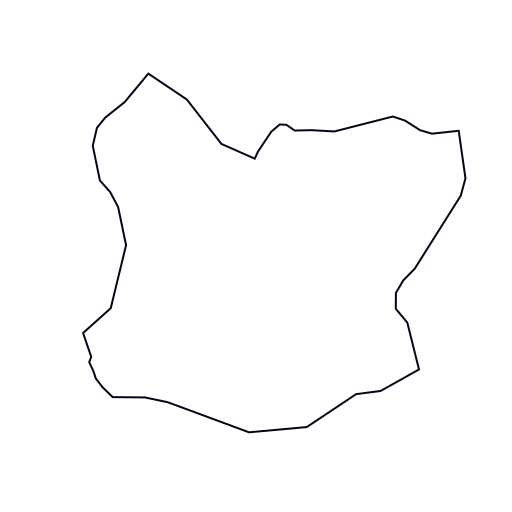 the Municipality of Grosuplje, rotated 285°
{"feature_id": "SVN-950", "entity_name": "Grosuplje", "entity_type": "Municipality", "adm_level": 1, "iso_a3": "SVN", "parent_name": "Slovenia", "parent_adm1": "", "projection": "natural_earth1", "projection_center": [14.681, 45.943], "detail": "fine", "context": "isolated", "style": "outline", "palette": "ink", "viewbox_px": 512, "rotation_deg": 285, "n_neighbors": 0, "source": "natural_earth", "source_scale": "10m", "svg_char_len": 718}
<svg xmlns="http://www.w3.org/2000/svg" viewBox="0 0 512 512"><g transform="rotate(285 256 256)"><path d="M404.3,104.8L389.2,148.8L355.3,193.6L349.7,229.6L357.4,230.9L380.1,238.6L389.2,244.9L390.6,251.4L387.2,260.9L391.9,277.0L396.6,299.5L426.1,352.0L425.4,364.8L420.0,381.9L419.7,394.3L429.4,419.4L385.3,438.2L367.4,438.2L284.8,412.6L270.4,404.5L256.6,400.7L241.2,404.7L230.8,419.4L188.6,442.8L157.9,411.3L148.5,388.5L103.9,349.3L83.9,294.9L91.9,208.4L90.6,185.1L82.6,154.1L89.6,141.6L96.3,132.9L102.6,128.8L110.3,122.4L116.0,122.9L136.9,108.9L168.0,129.2L232.8,127.7L267.7,110.1L280.1,98.5L288.5,85.7L320.2,69.8L338.6,69.2L350.6,74.5L370.7,89.3L404.3,104.8Z" fill="none" stroke="#020617" stroke-width="2"/></g></svg>